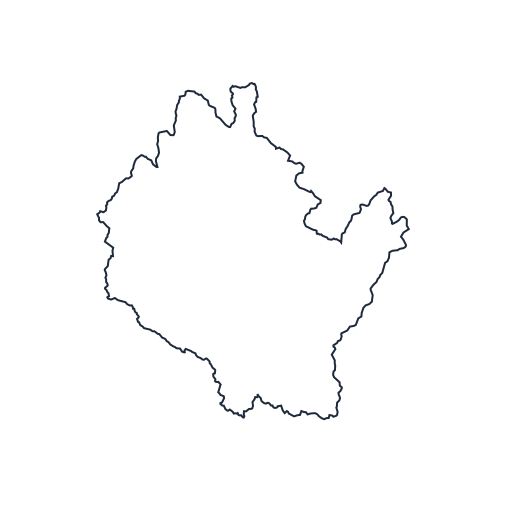 Huarochiri, Lima, Peru, rotated 156°
{"feature_id": "86281439B90649514172231", "entity_name": "Huarochiri", "entity_type": "district", "adm_level": 2, "iso_a3": "PER", "parent_name": "Peru", "parent_adm1": "Lima", "projection": "natural_earth1", "projection_center": [-76.426, -11.934], "detail": "fine", "context": "isolated", "style": "outline", "palette": "slate", "viewbox_px": 512, "rotation_deg": 156, "n_neighbors": 0, "source": "geoboundaries", "source_scale": "gbopen_adm2", "svg_char_len": 6135}
<svg xmlns="http://www.w3.org/2000/svg" viewBox="0 0 512 512"><g transform="rotate(156 256 256)"><path d="M295.2,407.6L297.6,404.0L298.6,401.0L300.8,398.3L301.3,394.2L302.6,389.7L305.1,387.1L307.5,385.8L308.9,383.3L309.8,377.4L310.6,377.6L312.8,381.6L312.8,386.0L315.4,388.8L316.2,391.5L317.2,391.8L318.8,394.2L319.9,394.8L325.9,393.3L328.2,391.6L331.3,388.1L332.5,386.0L335.5,384.2L336.5,382.6L336.7,380.0L337.1,379.5L340.8,378.7L343.3,379.8L348.3,378.2L351.4,378.1L354.5,373.5L357.1,370.9L359.1,370.5L361.2,368.8L363.3,368.6L364.3,367.1L366.1,366.1L368.1,366.3L370.2,365.6L371.0,363.6L372.6,363.0L372.8,361.6L374.5,358.7L377.5,358.0L380.1,360.3L381.1,359.3L384.1,358.7L383.9,354.6L384.9,352.4L384.4,350.6L384.3,350.1L381.8,349.1L380.2,344.0L378.7,341.0L381.1,337.0L383.0,335.7L384.0,333.8L385.4,333.4L388.2,330.6L383.1,321.7L385.0,319.1L386.7,314.0L388.3,315.0L389.7,313.2L392.2,312.5L395.5,307.1L399.1,305.6L399.9,304.8L399.9,301.9L400.5,299.1L402.4,297.4L402.4,295.6L403.5,293.2L403.0,291.4L403.3,289.7L403.9,289.1L406.7,288.4L407.2,287.5L406.4,285.6L406.5,283.7L405.9,281.9L406.6,279.1L408.6,278.8L408.5,277.4L406.2,275.2L402.0,275.0L400.1,271.8L394.0,266.9L393.3,264.4L391.4,262.1L389.5,261.4L389.3,259.6L389.8,257.9L388.7,257.3L389.2,254.9L389.0,253.6L388.1,252.4L388.5,251.3L387.7,248.5L388.1,247.7L390.3,246.9L390.5,243.7L389.8,243.1L389.8,239.9L388.3,237.8L387.6,235.6L382.5,231.7L381.2,229.4L379.3,228.4L377.3,224.7L376.1,224.0L374.9,219.6L373.0,217.6L372.4,216.4L372.3,214.8L370.9,212.7L370.3,210.1L368.5,207.3L367.1,205.9L366.2,204.1L363.0,202.3L362.4,198.6L360.7,197.1L360.2,197.0L359.7,198.8L358.0,199.7L353.9,195.5L353.4,194.3L350.9,191.7L351.1,189.8L350.4,187.6L348.2,185.4L347.0,183.2L345.7,182.4L343.2,182.7L342.6,182.1L341.3,178.5L341.9,176.7L341.3,175.4L341.1,171.6L339.8,169.1L339.7,168.2L341.3,165.5L342.8,165.8L343.2,165.4L344.0,163.0L343.2,160.0L344.3,158.3L343.7,157.2L341.6,156.3L340.6,153.0L345.9,146.9L345.1,144.9L345.1,143.7L342.5,141.0L343.0,139.1L346.6,136.0L348.4,136.1L348.7,135.5L347.8,133.3L346.3,132.3L346.2,128.6L345.1,126.5L344.5,126.0L342.4,126.4L340.6,123.1L340.4,121.1L339.0,120.8L337.8,119.9L336.6,120.0L336.7,118.0L335.6,116.9L334.4,116.6L333.6,113.9L332.9,113.4L331.8,114.4L331.6,116.3L330.1,119.1L328.3,118.1L324.6,119.1L322.2,118.2L321.3,118.4L319.7,120.3L318.6,124.0L315.6,125.7L314.2,127.4L312.3,126.5L311.5,127.2L310.7,129.3L310.8,127.5L309.5,124.3L310.0,121.4L308.6,118.5L307.0,117.1L305.2,117.2L304.3,116.7L303.5,115.1L303.1,113.2L301.7,112.7L301.7,110.9L301.0,109.8L299.4,109.1L297.8,109.3L297.3,109.9L293.9,109.1L294.4,104.0L293.7,100.8L290.9,101.8L290.1,100.6L290.1,98.7L286.4,94.0L282.9,93.7L280.5,92.9L277.6,95.9L275.6,93.9L273.9,93.0L273.3,90.3L270.1,89.9L265.9,88.4L264.3,86.3L263.6,83.8L261.8,80.9L260.1,79.2L257.4,79.2L255.5,78.4L253.6,80.8L251.1,79.1L250.7,77.7L247.9,77.4L246.5,77.9L244.8,80.5L244.3,84.8L243.5,85.4L241.5,89.1L238.7,90.1L237.3,91.6L236.8,93.2L236.8,95.9L236.2,97.6L233.8,98.3L231.3,100.4L231.1,101.5L232.0,102.9L232.0,104.0L231.0,106.6L234.0,113.6L233.9,116.1L232.1,119.0L230.3,119.6L228.2,123.7L227.8,125.8L226.5,128.6L226.9,135.1L221.4,138.6L221.3,140.4L222.1,141.6L221.6,142.9L217.3,143.6L215.6,145.0L213.8,144.7L212.6,145.2L210.4,147.8L210.0,149.9L209.4,150.6L203.0,150.8L198.9,153.3L195.0,152.3L192.8,152.5L187.9,157.4L184.3,157.9L182.6,161.0L178.9,165.0L175.9,166.3L172.0,166.0L168.7,167.2L165.3,172.8L165.0,178.6L164.5,179.7L160.3,182.0L156.6,183.2L154.3,185.4L151.6,186.6L150.4,188.0L147.5,189.2L140.9,197.2L138.0,197.8L135.2,200.4L132.6,205.1L129.3,205.3L124.2,203.7L121.9,204.1L118.1,203.2L116.0,203.5L114.8,204.3L114.5,205.5L114.8,210.9L115.7,214.7L111.7,217.5L105.5,218.4L105.9,222.5L103.4,227.9L103.4,228.6L104.8,231.4L106.4,232.2L108.1,232.2L110.4,230.8L113.1,230.1L118.2,229.8L118.6,230.4L117.8,232.2L117.8,236.0L116.0,237.7L113.1,239.3L112.2,243.3L111.2,245.7L111.6,248.1L111.1,250.7L112.1,252.2L112.1,253.5L108.1,256.1L106.9,259.1L109.4,261.0L110.5,265.0L111.1,265.8L113.6,263.8L119.0,264.4L121.3,262.9L123.9,262.4L128.7,260.2L131.5,257.3L132.9,256.5L134.5,256.7L137.8,259.8L139.7,260.2L140.8,258.7L141.0,256.2L143.3,253.7L144.2,253.3L149.8,254.3L151.8,253.7L154.0,250.5L155.7,249.1L156.5,249.2L160.6,245.7L162.9,244.4L165.3,241.5L167.9,241.4L168.8,240.8L172.7,233.7L173.0,235.1L175.6,238.6L177.0,239.1L177.8,240.3L180.2,240.1L183.2,242.0L183.6,244.0L187.0,247.4L187.5,249.1L189.0,249.6L190.1,251.1L191.1,251.2L191.3,252.1L190.4,254.2L190.7,254.9L193.4,257.0L198.3,262.9L198.4,266.0L197.9,268.6L196.1,269.9L195.3,271.5L193.7,273.0L191.1,273.7L189.8,273.4L187.4,276.3L186.4,276.8L184.3,275.9L181.3,275.5L178.6,278.0L175.6,278.2L174.1,280.7L177.9,286.6L178.3,289.8L179.2,293.0L180.1,292.3L181.1,292.9L184.9,297.5L188.4,300.7L189.6,304.5L189.9,308.2L186.4,313.1L183.0,314.0L179.6,313.2L179.2,314.5L176.0,318.1L177.0,321.7L178.1,323.4L181.9,324.0L183.3,325.4L184.4,327.6L188.0,330.0L184.0,333.9L185.2,337.8L188.0,342.4L189.7,343.6L190.4,345.5L194.1,345.9L193.5,347.6L196.5,353.1L198.1,359.5L200.4,361.1L201.4,363.1L205.7,364.8L206.7,366.0L206.7,370.2L205.3,372.9L205.4,375.3L203.4,379.9L202.1,384.8L201.7,385.7L199.6,387.1L197.3,387.7L196.5,390.4L196.1,395.3L194.3,396.8L193.2,396.7L191.0,400.8L189.7,400.7L188.3,406.0L188.4,408.3L187.3,410.4L187.2,413.4L187.4,413.9L188.3,414.0L189.3,415.6L191.6,416.0L192.8,415.1L197.1,414.5L200.2,415.9L201.9,415.9L205.8,419.5L207.8,419.8L208.1,420.8L211.2,419.4L211.8,418.5L212.2,416.3L211.1,414.2L211.1,413.3L212.7,412.4L213.1,410.3L214.6,409.9L215.6,407.1L216.0,403.1L214.8,399.0L217.1,397.0L216.9,393.3L217.9,391.7L219.4,390.8L220.4,388.2L222.6,386.7L224.5,386.7L227.2,384.3L228.3,384.9L230.4,388.1L233.0,396.6L235.4,399.5L234.7,403.4L233.4,406.6L233.5,408.2L237.3,412.2L237.6,413.5L236.8,417.6L239.3,421.1L240.5,425.7L242.9,426.6L243.5,428.1L244.9,429.3L245.3,431.2L251.0,434.6L253.4,434.6L255.0,432.1L256.2,431.5L260.8,432.6L261.6,430.7L263.4,429.0L263.9,427.8L266.6,426.0L269.1,422.3L270.6,421.0L271.4,418.6L271.5,416.8L273.2,414.7L274.1,412.4L278.0,408.7L279.8,402.3L281.7,400.2L282.4,400.0L285.0,401.3L286.6,406.5L294.1,408.1L295.2,407.6Z" fill="none" stroke="#1e293b" stroke-width="2"/></g></svg>